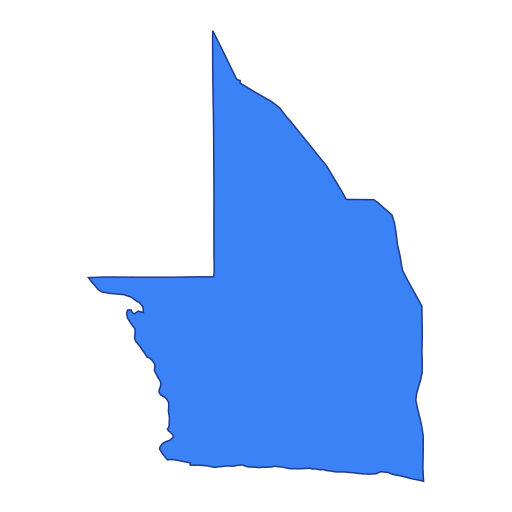 Saint Louis, Saint-Louis, Senegal, rotated 270°
{"feature_id": "50182788B94115130730188", "entity_name": "Saint Louis", "entity_type": "district", "adm_level": 2, "iso_a3": "SEN", "parent_name": "Senegal", "parent_adm1": "Saint-Louis", "projection": "mercator", "projection_center": [-16.417, 15.987], "detail": "fine", "context": "isolated", "style": "filled", "palette": "blue", "viewbox_px": 512, "rotation_deg": 270, "n_neighbors": 0, "source": "geoboundaries", "source_scale": "gbopen_adm2", "svg_char_len": 3170}
<svg xmlns="http://www.w3.org/2000/svg" viewBox="0 0 512 512"><g transform="rotate(270 256 256)"><path d="M83.1,167.4L81.2,168.4L79.7,170.5L78.6,171.2L77.6,172.7L76.6,173.1L74.9,173.1L71.8,170.0L71.4,168.8L71.1,168.1L70.8,166.9L70.2,165.7L69.4,164.0L68.8,163.2L68.2,162.3L66.1,160.7L65.3,160.2L64.2,159.7L62.8,159.7L59.9,161.4L57.3,163.3L55.4,164.7L53.5,166.3L52.0,167.8L52.4,169.2L52.4,169.9L52.5,171.4L52.3,173.3L52.3,174.4L50.7,182.2L50.0,185.8L49.4,189.0L49.2,190.1L46.9,190.2L46.9,192.1L46.7,194.1L46.9,196.2L46.9,197.7L46.7,199.8L46.7,201.2L46.4,203.7L46.3,205.8L46.1,207.6L45.5,210.2L45.2,211.8L44.7,213.8L44.7,215.2L45.1,217.8L45.3,219.5L45.3,220.8L45.6,222.4L45.7,224.2L46.0,226.1L46.0,228.1L45.9,230.0L45.9,231.3L45.9,232.9L45.8,234.4L46.3,235.3L46.6,237.0L46.6,238.2L46.8,238.9L46.9,240.2L46.9,240.5L47.0,241.1L47.0,241.3L47.1,242.8L46.5,243.7L46.2,244.8L45.7,245.9L45.1,248.5L45.0,250.1L44.9,252.6L44.8,255.0L44.5,257.8L44.5,260.2L44.9,262.7L44.7,265.3L44.9,268.9L45.1,272.0L45.8,274.7L45.3,278.0L45.1,280.6L45.0,282.5L44.3,285.0L43.6,288.4L43.2,291.2L43.4,294.7L43.2,298.3L43.3,302.0L43.5,305.1L43.8,309.4L43.0,312.7L43.1,316.3L42.5,318.4L42.2,320.3L42.5,323.3L41.7,325.5L41.2,328.1L41.1,330.0L40.8,332.0L40.3,334.3L40.0,337.3L40.1,340.0L40.1,342.9L40.0,345.3L39.6,348.7L39.4,351.1L39.2,354.5L38.6,357.4L38.5,360.2L38.1,362.6L38.1,364.8L38.0,367.6L37.9,369.5L38.0,371.9L38.2,375.4L38.5,377.0L39.6,378.7L40.0,380.2L40.3,380.8L39.5,388.5L38.7,390.1L37.7,392.5L36.9,396.2L36.2,400.4L35.1,404.9L33.4,411.1L31.6,420.1L30.7,423.6L43.4,422.9L59.9,423.2L68.2,423.2L75.4,423.3L84.0,422.0L89.6,421.0L96.5,419.3L102.9,417.7L111.8,415.8L118.9,416.7L131.8,420.5L139.4,422.1L149.5,422.3L160.2,421.9L175.6,422.3L205.5,421.9L206.5,421.4L210.4,419.4L232.5,407.2L241.2,402.8L241.9,402.5L247.7,401.4L256.5,400.0L267.2,397.5L278.2,396.2L288.9,394.5L296.9,392.1L304.9,382.9L308.4,379.1L312.3,373.8L312.5,352.4L312.6,346.2L319.6,342.4L326.3,338.4L346.0,326.6L348.3,324.8L356.4,318.1L362.0,313.7L368.6,308.4L391.8,289.6L394.0,287.4L399.6,283.1L403.8,280.0L410.1,272.1L414.5,264.4L420.2,254.5L424.2,247.9L428.8,240.2L429.0,240.2L430.6,240.2L431.5,240.2L431.9,238.4L432.5,237.1L434.0,236.0L463.6,221.6L481.3,212.7L470.0,212.6L445.6,212.7L429.3,212.9L413.1,213.1L396.9,213.4L380.7,213.6L363.7,213.7L346.6,213.8L329.6,213.9L312.6,214.0L299.6,213.9L279.2,213.9L255.5,214.0L243.1,214.2L236.5,213.9L235.2,213.8L235.2,198.0L234.8,173.4L234.8,161.3L234.8,149.2L234.8,137.2L235.0,109.8L234.9,102.5L234.4,88.4L228.9,92.7L222.4,98.3L220.1,101.7L218.7,109.4L217.3,124.0L214.8,131.3L211.4,135.9L209.6,139.2L205.2,142.8L202.8,143.2L199.4,143.4L200.9,138.2L198.1,134.2L199.3,132.5L202.2,130.9L202.0,127.7L199.1,126.6L194.2,127.4L189.2,130.5L184.8,133.8L183.3,134.9L181.0,135.1L176.8,134.9L173.8,134.5L170.3,135.9L166.2,139.6L160.5,143.4L158.1,145.1L155.2,146.9L154.0,149.7L150.9,152.8L148.2,154.5L146.1,154.9L141.6,154.4L139.4,155.4L134.7,157.9L131.8,159.7L129.4,160.8L125.5,160.5L122.5,159.3L119.9,159.0L117.1,160.6L115.1,164.0L113.3,166.5L109.4,168.7L105.7,168.7L101.1,168.4L97.4,168.9L95.0,169.4L86.5,169.1L83.6,168.1L83.1,167.4Z" fill="#3b82f6" stroke="#1e3a8a" stroke-width="1.5"/></g></svg>